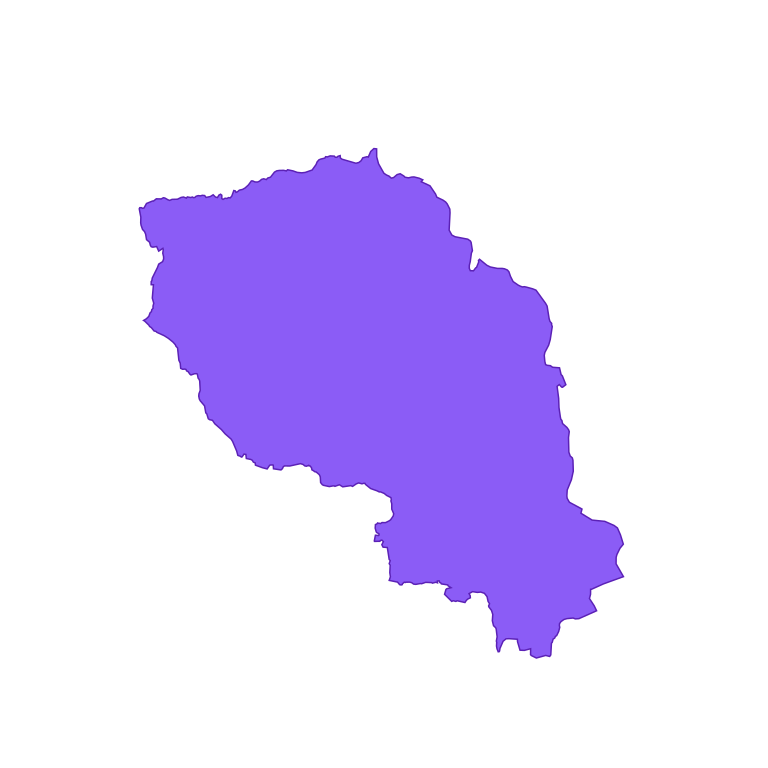 outline of Chiuza, Bistrita-Nasaud, Romania, rotated 287°
{"feature_id": "2599482B70682729995769", "entity_name": "Chiuza", "entity_type": "district", "adm_level": 2, "iso_a3": "ROU", "parent_name": "Romania", "parent_adm1": "Bistrita-Nasaud", "projection": "robinson", "projection_center": [24.223, 47.242], "detail": "fine", "context": "isolated", "style": "filled", "palette": "violet", "viewbox_px": 768, "rotation_deg": 287, "n_neighbors": 0, "source": "geoboundaries", "source_scale": "gbopen_adm2", "svg_char_len": 6157}
<svg xmlns="http://www.w3.org/2000/svg" viewBox="0 0 768 768"><g transform="rotate(287 384 384)"><path d="M269.8,669.3L279.9,658.5L286.1,656.7L289.0,656.6L295.9,657.7L300.8,659.7L308.9,654.2L314.6,649.3L316.0,645.3L317.2,635.3L314.7,622.8L318.0,610.1L322.3,609.9L325.1,595.9L328.2,592.6L330.4,591.6L336.2,590.2L347.3,591.2L356.0,590.5L366.3,587.0L368.4,585.7L369.6,583.1L372.9,580.7L386.7,576.1L392.6,575.1L394.2,573.9L395.9,571.7L398.4,566.3L401.1,564.8L402.0,563.4L404.0,562.3L412.7,558.2L421.4,555.2L432.4,550.2L434.7,551.8L433.0,554.7L433.1,555.7L436.5,558.1L443.9,552.2L444.8,550.6L450.8,547.1L449.3,540.3L450.2,537.8L449.6,534.6L449.8,532.9L452.4,531.3L458.2,528.9L461.2,528.6L469.3,530.1L475.0,530.0L488.1,528.1L490.0,526.8L491.0,526.6L492.4,524.4L494.8,522.8L506.2,517.2L508.4,514.9L518.2,501.9L518.5,498.3L518.3,492.0L518.1,489.8L517.3,488.0L517.4,485.9L517.8,483.4L519.7,477.5L523.9,473.5L527.9,470.6L529.1,468.6L529.4,465.5L529.1,463.3L527.7,458.6L527.0,451.5L527.6,447.7L531.2,438.9L529.8,438.2L528.4,438.9L522.5,438.4L521.8,437.7L518.4,436.5L517.6,433.4L519.6,431.7L522.4,430.9L526.2,430.7L534.8,429.3L537.3,429.6L544.9,425.9L546.0,424.8L547.0,421.8L545.6,408.9L546.3,405.3L550.2,401.3L567.0,397.1L570.5,395.8L574.7,391.8L576.1,389.7L577.1,386.6L578.1,379.9L580.7,377.8L587.0,370.0L588.3,360.5L590.6,361.4L591.1,357.5L590.8,352.2L590.0,350.0L588.3,347.1L587.9,343.6L588.7,342.2L589.8,338.0L588.1,335.3L584.2,332.8L583.0,330.8L584.3,328.0L584.6,325.3L585.5,322.3L593.0,314.4L599.1,310.6L606.7,308.2L606.2,305.5L602.5,303.3L596.4,302.6L596.4,301.3L594.1,297.6L590.8,296.8L588.5,295.2L586.9,292.6L586.7,278.2L587.4,276.2L589.6,275.3L588.3,273.4L587.0,272.6L586.6,271.1L587.4,269.9L586.4,265.8L584.6,263.4L584.3,261.7L582.8,261.4L580.5,257.6L579.3,256.2L576.8,255.1L574.1,254.9L567.6,252.7L563.3,246.8L561.9,243.6L561.0,239.2L561.2,234.7L560.7,229.2L559.2,228.3L559.0,225.6L557.6,221.4L556.5,219.1L554.6,217.3L548.6,215.0L547.0,212.6L545.1,211.7L545.1,209.0L543.9,207.1L541.5,205.6L540.1,203.9L539.5,201.4L539.8,199.2L539.4,197.8L534.6,196.1L530.8,193.8L528.7,191.8L527.1,189.0L525.0,187.7L524.0,186.5L525.2,185.3L525.1,183.8L519.2,183.5L517.0,182.5L516.8,180.8L515.5,179.6L515.2,177.7L513.5,176.1L513.9,174.7L517.1,173.7L517.7,172.2L516.4,170.9L513.6,170.2L513.5,168.2L515.0,165.3L512.5,163.1L510.4,159.3L511.8,157.4L511.3,155.0L510.3,153.6L509.8,151.2L508.6,149.4L507.1,148.6L506.5,147.2L506.8,146.1L505.8,144.6L505.4,141.2L504.0,140.7L504.2,137.6L503.1,135.4L500.3,132.4L498.6,127.3L496.9,125.4L497.0,123.6L497.8,120.0L497.6,118.5L495.9,116.9L494.5,112.1L491.6,110.1L491.3,109.1L487.2,104.1L482.1,103.0L481.4,101.7L481.7,100.6L481.2,98.9L480.0,98.7L472.4,102.7L467.0,104.2L464.9,105.2L461.2,107.9L459.7,110.5L457.5,112.3L452.6,114.7L451.0,118.4L448.2,120.1L447.2,121.3L447.3,123.0L449.0,126.4L445.2,129.7L449.1,132.9L448.0,133.6L444.4,134.2L441.3,136.0L439.1,136.7L436.3,136.5L432.8,133.5L429.2,133.3L417.6,131.4L414.8,131.8L414.0,131.4L410.9,132.3L411.5,134.5L398.4,137.3L393.9,140.2L391.0,140.3L388.8,141.0L387.1,140.2L385.2,140.4L383.7,139.5L379.9,139.3L376.8,137.6L374.5,135.5L374.2,136.7L371.5,142.0L370.5,143.0L369.9,145.0L367.5,148.6L367.6,150.7L367.0,151.7L365.9,159.8L364.6,164.5L362.4,169.9L360.6,172.9L359.2,174.1L358.2,176.0L346.7,180.9L344.4,183.0L339.5,185.0L339.2,187.1L340.0,189.1L340.0,190.4L338.8,191.4L338.7,192.8L336.5,195.7L336.2,196.8L338.4,199.8L339.1,201.8L338.9,202.6L335.3,204.5L334.2,206.0L332.9,206.9L324.2,210.1L320.5,209.9L318.2,210.4L315.6,211.8L314.2,213.2L310.6,218.8L304.3,222.0L303.6,223.3L299.4,226.1L298.9,227.6L299.1,230.6L296.5,233.8L292.9,241.8L289.9,246.6L286.6,253.9L284.8,256.0L276.8,262.7L273.0,265.1L272.9,267.7L272.4,268.9L272.8,269.6L276.0,270.6L276.3,272.5L272.5,274.1L272.9,278.7L272.5,280.4L271.1,281.9L270.9,283.9L268.8,284.8L268.4,292.1L268.6,297.1L272.8,298.4L273.4,299.2L274.1,301.4L274.0,301.8L270.6,303.1L271.7,310.6L273.3,311.6L275.5,311.9L276.6,312.8L278.0,317.8L283.4,327.4L283.4,330.1L282.5,332.2L282.6,333.2L282.7,333.9L284.2,335.8L283.8,336.2L284.1,337.0L282.8,339.1L280.8,340.2L280.5,341.9L279.9,343.2L280.0,344.9L278.4,348.6L276.6,350.2L271.2,352.2L269.7,354.4L269.4,355.6L269.9,361.7L271.6,364.9L272.0,366.1L271.8,367.0L274.6,370.8L273.6,374.6L277.1,382.0L276.9,383.9L280.4,386.7L282.0,388.7L282.1,392.1L283.2,393.8L283.4,394.9L282.6,395.6L280.1,401.8L279.8,408.6L279.4,410.9L279.8,412.3L279.4,416.2L278.2,419.1L277.4,423.8L275.6,424.8L274.2,424.8L271.8,426.4L266.6,428.0L262.8,431.2L260.5,431.4L256.0,430.0L254.5,428.8L251.9,426.0L250.9,422.6L249.5,421.4L249.4,419.7L249.0,419.1L249.2,418.5L247.8,417.9L247.1,416.9L243.6,417.7L240.6,419.6L239.9,420.3L239.3,422.9L238.3,423.4L237.5,423.1L236.9,420.0L231.1,420.6L230.7,420.9L232.4,426.1L233.3,426.3L234.1,427.6L233.1,429.5L229.7,428.9L227.7,430.8L228.6,435.0L217.8,440.2L216.9,441.6L213.7,441.5L212.5,442.9L205.3,444.7L201.5,446.5L197.7,446.4L198.5,454.9L196.7,457.6L196.8,459.1L197.5,460.1L198.2,460.0L200.4,461.3L200.4,462.4L200.9,462.9L202.0,466.4L202.1,468.5L201.3,470.8L201.7,473.0L203.8,477.1L204.0,478.4L206.5,481.8L208.0,487.6L207.7,488.5L209.6,491.6L209.5,493.3L211.2,492.6L211.9,494.2L210.5,495.4L210.4,496.4L209.6,497.3L210.5,503.7L209.8,504.2L208.8,507.6L206.6,503.9L205.6,503.3L200.6,503.4L195.9,512.3L197.0,513.6L197.1,516.3L198.1,517.3L198.7,525.3L201.1,526.0L202.7,526.9L204.8,529.1L206.8,528.3L208.4,526.6L211.3,529.4L212.0,534.2L213.3,537.3L213.2,541.2L210.8,544.7L206.5,547.1L204.7,549.2L202.5,548.9L201.6,549.3L198.9,553.0L195.4,555.4L189.3,556.8L184.9,559.4L183.6,562.0L182.7,562.8L175.3,566.1L171.0,566.6L169.9,567.3L166.3,568.2L163.8,569.5L161.3,571.5L161.7,572.4L162.5,572.6L165.0,572.2L172.8,573.1L176.0,575.2L177.0,578.0L178.9,586.2L176.5,587.1L169.2,591.9L170.3,596.1L173.7,601.6L168.0,603.3L167.4,604.3L166.5,609.8L171.7,618.0L171.9,622.1L173.7,622.7L185.1,619.9L186.1,620.4L189.5,620.3L190.9,621.5L192.7,621.7L193.9,622.7L198.5,623.4L202.8,623.2L204.1,622.4L206.0,621.9L208.5,622.7L211.4,624.9L213.1,627.5L215.5,633.3L215.3,635.6L216.6,639.0L229.3,653.6L233.4,649.8L238.9,643.2L243.3,643.0L248.1,641.6L248.4,642.5L257.0,652.3L269.8,669.3Z" fill="#8b5cf6" stroke="#5b21b6" stroke-width="1.5"/></g></svg>